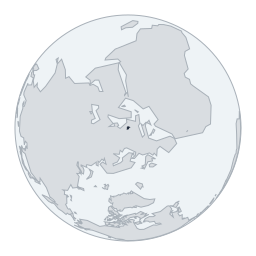 Dâmbovita highlighted on a globe, orthographic projection, rotated 203°
{"feature_id": "ROU-130", "entity_name": "Dâmbovita", "entity_type": "County", "adm_level": 1, "iso_a3": "ROU", "parent_name": "Romania", "parent_adm1": "", "projection": "orthographic", "projection_center": [25.479, 44.942], "detail": "fine", "context": "on_globe", "style": "filled", "palette": "slate", "viewbox_px": 256, "rotation_deg": 203, "n_neighbors": 0, "source": "natural_earth", "source_scale": "10m", "svg_char_len": 10559}
<svg xmlns="http://www.w3.org/2000/svg" viewBox="0 0 256 256"><g transform="rotate(203 128 128)"><circle cx="128" cy="128" r="113" fill="#eef3f6" stroke="#a8b0b8"/><path d="M85.3,23.8L90.6,22.6L87.4,23.6L89.2,23.4L93.3,22.2L95.6,21.4L107.2,20.9L120.9,20.0L125.2,18.8L124.3,19.9L132.3,17.5L139.7,17.6L131.4,18.1L130.6,18.7L135.6,18.9L135.8,19.6L138.4,20.1L138.3,21.0L133.4,21.5L133.2,22.2L136.8,22.3L138.9,23.5L133.7,23.1L136.8,25.2L129.3,27.0L115.5,26.4L111.3,29.0L97.0,33.0L98.3,33.7L93.8,36.1L93.6,37.9L91.0,38.4L93.1,39.4L95.5,38.7L97.2,39.0L97.3,40.1L94.0,40.7L93.5,40.3L92.5,41.1L90.9,41.0L91.8,41.7L87.8,42.5L91.8,43.3L88.7,45.4L86.1,45.6L86.2,43.4L80.4,39.2L77.8,39.1L73.8,40.9L66.7,48.7L63.8,49.7L60.0,52.6L61.6,52.9L65.2,50.8L67.2,52.4L71.4,49.8L72.8,50.2L77.1,48.7L76.6,51.4L73.7,54.8L70.1,56.3L68.8,57.9L72.3,58.7L65.6,63.7L61.4,71.4L59.7,72.5L56.2,70.7L56.0,65.1L51.4,63.6L54.5,67.1L50.1,70.5L49.4,72.2L49.7,73.7L51.4,73.5L49.9,75.3L46.4,72.2L47.6,70.5L48.8,71.4L48.6,68.9L46.2,67.3L44.2,69.4L42.7,65.6L41.2,67.1L40.1,67.2L42.5,65.0L38.1,69.1L36.0,66.8L30.0,74.4L35.8,65.5L37.8,62.1L39.8,58.8L38.8,59.9L42.7,54.6L43.6,53.4L49.6,47.2L56.0,41.4L62.8,36.2L70.0,31.5L77.5,27.3L85.3,23.8ZM31.6,69.8L31.2,70.4L31.0,70.7L31.6,69.8ZM19.2,98.7L19.3,98.6L18.9,101.0L17.6,105.6L18.4,103.9L17.5,108.4L17.4,116.8L17.1,117.1L16.9,129.9L18.6,140.3L19.0,145.6L18.6,146.7L19.7,150.1L19.7,151.6L25.7,165.0L30.2,174.3L31.1,179.0L29.2,179.8L32.2,187.2L28.1,180.0L24.5,172.4L21.5,164.6L19.1,156.6L17.2,148.5L16.0,140.2L15.4,131.8L15.5,123.5L16.1,115.1L17.4,106.9L19.2,98.7ZM28.5,76.4L23.8,87.8L24.9,83.8L25.0,84.0L26.5,80.5L28.7,75.5L30.1,72.5L28.5,76.4ZM30.0,76.0L30.6,74.3L30.2,75.6L30.0,76.0ZM96.6,21.1L93.4,22.1L89.6,23.1L92.2,22.1L96.6,21.1ZM103.9,19.9L102.4,20.4L100.6,20.2L102.0,20.0L103.9,19.9ZM128.2,18.0L125.5,18.1L128.0,17.8L128.2,18.0ZM138.8,20.1L139.5,19.9L140.5,20.3L138.8,20.1ZM77.2,47.4L77.1,48.0L76.3,48.0L77.2,47.4ZM79.0,46.2L78.1,45.7L78.9,45.0L79.4,45.4L79.0,46.2ZM141.3,22.1L142.7,22.9L140.4,22.1L141.3,22.1ZM80.0,47.0L80.3,44.0L81.7,42.9L84.9,43.4L80.0,47.0ZM143.0,23.4L146.7,25.7L148.5,25.4L145.4,27.8L143.3,24.9L140.2,23.9L142.5,24.0L143.0,23.4ZM96.2,38.0L93.6,38.8L95.6,37.2L96.2,38.0ZM97.1,36.9L100.8,31.9L104.7,31.4L102.6,33.1L107.5,31.8L107.5,34.0L104.8,35.2L102.3,35.0L104.2,36.0L97.1,36.9ZM143.1,28.9L143.3,29.6L142.2,29.0L143.1,28.9ZM98.0,39.0L98.4,37.9L101.8,37.4L101.5,39.4L100.5,38.9L98.0,39.0ZM108.8,30.4L111.2,30.5L111.9,32.2L112.9,32.5L107.8,34.0L108.8,30.4ZM99.8,39.6L101.3,40.4L99.8,41.7L97.8,40.0L99.8,39.6ZM102.8,36.4L104.3,36.3L103.4,37.0L102.8,36.4ZM95.4,47.0L95.9,45.6L97.6,45.2L95.4,47.0ZM102.0,40.7L102.5,40.2L103.2,40.0L103.9,40.8L102.0,40.7ZM108.7,35.2L108.4,36.0L110.8,34.7L111.4,36.0L107.9,36.8L109.6,37.1L109.8,37.5L106.7,37.7L108.7,35.2ZM106.8,40.8L102.6,42.5L101.4,45.1L99.7,45.5L102.0,41.3L106.8,40.8ZM107.0,38.9L106.5,40.2L104.8,40.0L104.0,39.0L107.0,38.9ZM113.1,36.8L113.0,34.4L113.8,34.3L113.1,36.8ZM106.8,41.6L107.9,41.2L106.9,41.8L106.8,41.6ZM111.5,38.2L111.4,37.4L112.3,37.3L111.5,38.2ZM110.0,41.2L108.6,41.7L108.1,41.0L110.0,41.2ZM111.0,39.8L112.2,40.0L108.7,40.4L110.8,39.5L111.0,39.8ZM112.4,38.3L112.9,38.0L112.3,38.7L112.4,38.3ZM112.9,43.5L108.6,44.3L107.4,42.8L111.7,42.2L112.9,43.5ZM60.4,181.4L53.6,163.9L56.9,159.7L57.5,152.8L80.4,136.5L85.3,139.7L103.4,140.4L105.6,141.8L103.6,147.5L117.2,156.1L121.5,151.5L133.8,155.3L141.9,154.5L144.8,143.1L131.4,144.2L129.1,138.7L139.7,133.2L151.3,132.4L150.8,130.3L143.4,126.3L146.0,121.9L140.8,124.6L143.0,126.7L139.8,128.5L137.6,126.8L138.6,125.2L135.1,124.5L131.2,132.6L132.9,135.5L123.7,137.1L125.8,142.3L123.3,144.6L118.9,136.9L119.3,134.0L111.2,125.2L110.0,128.2L117.5,136.9L115.2,136.2L113.5,140.8L112.9,136.7L105.0,126.8L96.7,127.3L86.1,136.9L81.2,136.5L77.1,132.7L80.9,121.3L91.4,123.6L92.9,120.0L90.7,113.6L94.1,115.0L94.5,112.7L98.5,113.4L104.0,108.9L108.0,109.0L110.2,102.4L112.5,101.6L110.6,105.7L111.4,108.8L121.4,109.2L123.3,107.8L123.9,103.6L126.5,104.4L125.8,100.3L131.6,98.6L124.0,97.3L124.5,92.6L127.9,89.2L126.7,87.5L121.2,93.2L120.1,95.8L121.5,98.3L117.5,105.6L114.1,106.5L113.1,98.3L108.1,99.0L109.5,92.6L123.7,80.5L129.7,78.2L139.6,83.7L138.2,86.7L134.0,86.1L137.9,90.8L137.6,88.4L139.8,89.2L140.9,85.3L142.5,85.7L140.7,81.4L142.8,81.5L143.9,84.2L147.2,78.9L151.6,78.2L151.6,76.8L150.3,75.6L156.7,75.7L156.4,74.7L154.2,74.3L152.1,72.1L151.0,68.3L153.3,68.6L154.0,69.9L158.9,73.4L160.4,77.3L161.2,77.0L160.5,73.7L154.5,69.5L153.2,67.2L156.2,68.8L155.0,68.0L155.1,66.9L157.3,66.2L154.0,64.3L151.5,53.4L155.5,51.1L158.5,53.6L159.2,47.0L163.7,45.6L161.6,45.1L160.6,42.0L159.2,42.3L158.1,41.9L154.8,34.7L155.7,33.4L152.0,30.3L150.9,30.1L150.0,30.9L145.4,27.8L148.5,25.4L150.7,25.9L151.2,24.2L156.2,25.7L160.5,26.4L165.8,29.3L168.8,29.8L168.6,29.1L172.5,29.5L181.2,33.0L175.0,33.0L162.1,29.6L167.4,31.1L166.4,31.7L168.5,32.9L172.3,34.0L172.5,33.6L179.8,41.2L189.3,47.5L188.0,44.1L190.0,43.7L199.8,49.1L212.7,64.2L215.5,64.9L217.6,66.9L219.2,70.4L216.3,67.6L215.5,68.7L213.6,66.7L215.2,71.9L212.6,69.3L215.2,74.8L217.3,75.7L216.8,71.9L220.2,78.2L223.2,78.5L226.7,82.7L231.8,96.6L232.5,105.0L233.2,106.8L231.9,107.5L232.5,113.5L236.9,117.8L237.7,120.4L237.6,130.2L237.1,128.4L233.6,130.0L234.7,137.2L237.5,137.5L238.4,141.7L237.1,143.5L235.9,140.0L234.6,140.4L233.7,134.6L230.3,128.7L228.9,133.7L227.8,130.4L222.8,127.1L220.1,134.1L216.6,150.2L218.1,159.3L216.0,165.4L208.5,157.2L204.9,149.4L202.4,152.2L194.6,148.1L181.6,154.2L179.6,152.3L177.2,154.6L171.7,153.9L168.6,150.5L165.3,151.8L173.6,160.7L177.1,159.2L179.8,153.7L181.5,157.2L186.8,158.5L181.5,170.3L162.0,184.4L159.8,177.8L143.8,159.8L144.2,157.3L144.1,157.0L143.9,156.6L142.6,160.7L139.8,156.8L148.6,170.5L150.2,176.3L161.7,184.9L160.7,186.2L164.3,187.5L175.7,181.6L175.8,183.8L170.6,195.6L154.6,211.5L156.6,218.4L155.3,224.1L145.1,228.9L145.8,232.1L140.5,233.7L140.1,235.3L135.7,237.1L128.5,238.5L116.5,238.1L115.9,237.0L110.1,234.0L102.2,224.9L105.4,220.8L104.4,216.8L95.7,205.8L97.6,200.2L95.2,197.2L90.4,196.8L87.6,193.1L84.6,192.2L66.1,188.1L60.4,181.4ZM72.6,147.2L72.0,149.3L72.6,147.2ZM163.9,137.1L170.7,135.5L167.2,129.2L169.6,128.2L167.5,126.5L167.0,128.8L161.9,124.0L164.7,121.0L163.6,118.1L161.3,118.5L157.0,124.8L164.2,131.5L162.8,134.9L163.9,137.1ZM17.5,117.0L17.3,118.9L17.2,117.5L17.5,117.0ZM24.2,84.9L23.6,86.7L23.0,88.2L23.3,87.1L24.2,84.9ZM21.3,99.3L21.0,101.6L21.0,99.9L21.3,99.3ZM23.3,89.6L21.5,97.6L21.4,94.8L22.7,89.9L22.3,92.2L23.3,89.6ZM28.6,77.5L28.0,78.8L27.6,79.2L28.6,77.5ZM29.7,76.9L29.7,76.6L30.4,75.5L29.7,76.9ZM50.3,70.6L50.5,70.9L50.5,72.6L49.7,72.3L50.3,70.6ZM54.7,78.1L52.2,80.9L53.5,78.5L52.0,78.4L52.8,73.6L58.9,72.9L56.0,74.0L54.7,78.1ZM55.5,67.3L54.3,70.2L55.4,67.0L55.5,67.3ZM92.9,100.7L94.2,102.5L92.7,104.9L87.6,105.4L89.8,101.9L92.9,100.7ZM96.5,104.7L96.9,96.7L100.0,96.3L98.2,97.9L100.3,98.4L97.8,101.0L100.5,108.6L99.3,111.2L90.6,110.4L94.1,109.1L92.5,107.3L96.5,104.7ZM92.3,79.4L92.5,76.6L99.1,79.3L98.1,81.6L93.0,82.1L91.1,79.6L92.3,79.4ZM85.5,48.7L85.2,47.9L86.1,47.6L87.1,48.1L85.5,48.7ZM95.5,46.4L88.0,52.3L87.2,51.5L83.8,56.1L80.4,56.1L82.7,53.1L77.6,56.6L78.3,53.9L75.0,56.6L80.6,49.8L81.1,47.7L81.8,50.1L84.9,50.1L86.4,49.5L91.0,46.3L93.5,42.0L97.0,41.6L98.8,42.4L98.7,43.4L96.5,43.3L98.0,44.7L94.7,45.3L95.5,46.4ZM117.7,55.9L115.1,54.8L117.6,58.7L114.3,58.9L114.8,59.4L112.4,60.7L110.4,63.2L108.9,62.9L108.8,64.0L107.2,65.1L106.5,66.5L103.6,66.6L102.5,68.5L101.7,67.5L100.6,70.7L100.1,68.4L98.0,69.6L99.6,71.2L85.5,69.3L80.0,70.7L75.6,73.2L75.3,69.2L79.2,64.5L85.1,60.2L90.4,59.6L89.3,58.0L91.6,57.3L91.5,58.8L93.0,56.1L94.8,56.0L100.0,52.9L100.9,49.3L102.9,48.2L103.4,49.5L104.9,47.5L107.3,49.3L108.7,48.6L112.4,49.9L112.6,53.1L114.2,52.0L117.1,53.1L117.7,55.9ZM113.9,44.0L114.9,47.5L113.6,49.4L107.6,46.5L106.0,46.9L102.1,45.3L104.1,42.6L105.0,43.3L106.4,43.3L105.2,44.1L107.2,43.5L108.5,44.5L110.4,44.3L110.2,45.4L113.9,44.0ZM108.2,139.8L110.0,140.2L112.7,140.2L111.7,143.3L108.2,139.8ZM102.7,133.1L104.3,132.9L104.2,137.0L102.4,136.6L102.7,133.1ZM105.2,129.5L104.4,132.6L103.7,130.7L105.2,129.5ZM112.1,105.4L113.8,105.0L113.9,106.0L113.0,107.5L112.1,105.4ZM124.3,68.3L123.0,67.2L123.5,66.7L122.8,63.4L125.1,63.1L126.5,65.0L124.3,68.3ZM142.5,145.3L140.1,147.7L138.9,146.8L139.9,146.1L142.5,145.3ZM125.2,146.0L129.1,147.4L124.8,146.9L125.2,146.0ZM126.7,67.4L126.1,66.1L127.7,66.8L126.7,67.4ZM126.8,62.7L128.7,63.2L125.3,62.7L126.8,62.7ZM173.9,218.5L165.6,228.7L160.5,230.0L159.9,228.2L163.2,222.5L169.2,219.4L172.3,215.9L173.9,218.5ZM238.6,149.1L238.1,151.4L238.5,149.2L239.3,145.4L238.6,149.1ZM238.5,149.4L237.1,151.2L233.2,147.7L234.7,145.2L238.3,143.9L238.2,145.6L239.0,145.2L238.5,149.4ZM240.2,137.6L240.0,139.4L239.9,136.5L240.0,133.3L240.3,131.4L239.8,116.1L239.9,115.4L240.4,121.0L240.4,121.3L240.6,129.4L240.2,137.6ZM218.5,159.7L221.0,163.0L219.6,165.2L218.5,159.7ZM238.4,107.7L239.4,114.1L238.2,106.8L238.4,107.7ZM237.0,101.8L237.5,103.3L237.2,102.9L237.0,101.8ZM234.3,109.2L234.1,111.7L233.5,110.5L233.4,106.7L234.3,109.2ZM229.3,86.4L231.3,89.8L232.0,91.4L230.9,90.3L229.3,86.4ZM146.2,64.5L144.6,69.3L145.0,72.9L147.7,75.0L143.2,74.3L142.6,68.7L146.2,64.5ZM150.7,54.6L148.3,53.1L149.7,52.5L150.5,52.8L150.7,54.6ZM148.9,54.5L145.2,54.9L144.1,53.2L147.3,53.3L148.9,54.5ZM136.0,60.9L135.4,62.3L134.1,61.6L136.0,60.9ZM238.6,106.7L239.0,109.2L237.5,101.4L238.6,106.7ZM237.6,102.2L238.2,105.1L237.2,100.8L237.6,102.2ZM238.1,104.7L237.5,102.9L237.4,101.6L238.1,104.7ZM237.4,101.3L236.4,97.5L236.8,98.8L237.4,101.3ZM236.1,99.1L236.7,99.1L236.9,102.0L234.4,95.8L234.1,93.8L236.1,99.1ZM218.4,64.7L217.0,63.6L216.1,61.6L217.3,63.0L218.4,64.7ZM211.6,54.8L215.3,60.8L218.1,65.9L218.4,65.5L221.1,69.0L219.4,68.2L215.7,62.7L214.0,59.3L211.5,56.7L208.9,53.3L205.9,51.2L204.0,49.2L206.2,50.2L211.6,54.8ZM204.7,50.4L198.6,46.2L197.8,43.9L199.0,44.3L202.1,47.2L202.3,48.2L204.7,50.4ZM196.9,44.6L197.0,45.6L188.4,43.1L186.4,42.0L192.6,42.4L193.0,43.4L195.3,44.6L196.9,44.6ZM144.4,29.6L143.4,29.6L143.9,29.1L144.4,29.6ZM157.4,42.2L156.0,41.5L156.7,40.8L157.4,42.2ZM152.6,39.3L152.8,40.5L151.7,39.1L152.6,39.3ZM153.3,43.4L152.4,41.0L154.7,43.5L153.3,43.4Z" fill="#d9dde1" stroke="#a8b0b8" stroke-width="1"/><path d="M128.8,128.4L128.7,128.4L128.7,128.5L128.2,128.8L127.9,128.8L127.8,129.0L127.7,129.0L127.7,128.9L127.8,128.9L127.7,128.9L127.8,128.8L127.8,128.7L127.7,128.7L127.6,128.4L127.6,128.2L127.6,127.9L127.6,127.7L127.7,127.4L127.8,127.3L127.8,127.2L128.0,127.1L128.0,127.3L128.1,127.5L128.3,127.7L128.3,127.8L128.3,128.0L128.5,128.0L128.7,128.4L128.8,128.4L128.8,128.4Z" fill="#64748b" stroke="#1e293b" stroke-width="1.5"/></g></svg>